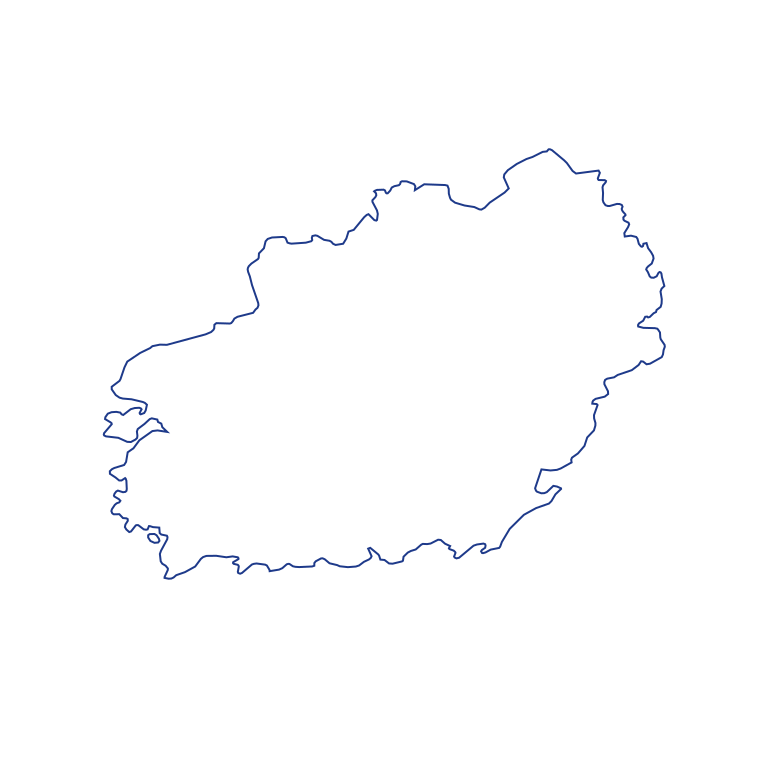 the Region of Ryazan', rotated 164°
{"feature_id": "RUS-2374", "entity_name": "Ryazan'", "entity_type": "Region", "adm_level": 1, "iso_a3": "RUS", "parent_name": "Russia", "parent_adm1": "", "projection": "natural_earth1", "projection_center": [40.693, 54.337], "detail": "fine", "context": "isolated", "style": "outline", "palette": "blue", "viewbox_px": 768, "rotation_deg": 164, "n_neighbors": 0, "source": "natural_earth", "source_scale": "10m", "svg_char_len": 6139}
<svg xmlns="http://www.w3.org/2000/svg" viewBox="0 0 768 768"><g transform="rotate(164 384 384)"><path d="M290.3,564.9L270.4,558.4L268.3,557.2L268.0,553.8L269.2,549.1L269.2,544.8L268.8,542.7L265.7,538.7L257.4,533.4L248.4,529.2L244.2,525.6L242.3,524.8L238.6,525.7L232.4,529.2L215.3,534.8L210.2,537.6L211.9,549.6L210.6,552.3L206.0,555.4L195.8,558.9L185.0,561.0L178.7,561.3L167.5,563.4L163.4,562.7L161.1,564.2L159.8,563.9L158.1,562.5L149.2,549.4L147.3,546.0L144.0,536.8L141.4,533.4L118.9,530.0L118.3,527.5L121.8,522.7L121.8,521.6L121.4,520.9L115.6,519.1L114.6,517.9L115.3,516.8L118.6,514.6L119.7,512.9L120.8,507.2L123.0,500.6L123.0,498.1L121.8,494.8L119.8,493.4L117.9,492.9L110.5,492.9L108.0,492.1L106.1,490.6L105.8,488.7L107.2,486.9L107.3,485.8L106.9,484.0L105.2,480.5L105.3,479.7L108.0,478.2L108.5,476.0L107.8,474.6L104.5,471.7L104.3,469.9L106.2,467.5L111.4,462.8L111.9,459.4L105.7,458.5L101.0,455.8L100.3,453.8L100.4,448.5L99.1,445.5L98.2,444.8L96.9,445.3L96.0,447.3L92.8,447.1L92.7,441.8L90.9,437.0L90.0,433.1L90.3,430.3L93.4,426.0L97.8,424.2L99.6,423.0L100.4,421.8L99.5,418.9L98.9,414.2L97.8,412.6L95.4,411.8L92.2,412.4L89.6,415.1L88.3,415.7L87.3,415.1L86.9,413.7L87.4,409.9L87.5,400.9L90.8,399.2L92.7,396.7L93.6,389.0L95.0,384.8L96.8,381.9L101.6,380.0L102.7,378.2L105.3,377.7L110.0,375.2L111.8,375.2L112.5,376.3L114.4,376.6L117.4,373.4L122.3,371.9L123.6,370.6L123.8,369.2L119.2,366.5L108.2,363.0L106.0,361.8L105.5,360.6L104.5,357.5L105.6,352.5L105.6,350.7L103.5,344.3L103.8,342.4L105.9,339.5L107.7,335.5L109.6,333.3L122.7,330.2L126.2,330.6L128.7,334.1L130.6,335.0L134.0,332.1L142.0,329.0L156.8,328.3L161.0,327.0L167.9,327.6L170.3,327.0L171.7,325.1L172.2,323.0L170.7,315.3L171.3,312.6L175.3,311.0L184.7,311.4L187.5,310.4L188.5,309.3L189.2,307.7L185.1,306.1L184.5,304.9L190.7,296.2L191.5,293.0L191.5,288.2L192.3,285.7L195.0,281.5L203.4,276.6L208.4,269.2L216.7,263.8L223.6,261.4L224.9,259.7L225.3,256.9L237.4,254.1L241.4,253.8L247.8,255.0L256.2,258.5L267.5,242.1L267.3,239.6L266.6,238.3L262.9,235.6L260.0,234.9L257.3,235.2L249.3,239.4L245.9,237.7L242.6,234.9L242.7,234.3L249.6,230.7L255.3,225.3L258.4,223.6L272.0,222.8L285.6,219.7L303.1,210.1L314.2,199.7L317.2,195.6L318.5,194.7L327.1,195.4L332.8,194.1L335.4,194.1L336.3,194.5L336.8,196.4L335.7,197.4L331.9,198.7L330.9,200.7L330.9,202.1L332.4,203.2L338.9,204.1L342.5,203.9L359.7,196.3L362.4,196.4L363.9,197.7L364.2,198.8L361.8,202.0L361.9,202.9L362.9,204.6L366.6,207.3L366.9,208.2L365.1,210.0L369.3,213.6L372.4,218.4L374.9,219.4L383.2,217.8L386.6,218.2L390.8,219.6L392.5,219.3L399.1,216.2L404.2,216.1L407.6,215.4L412.8,212.6L414.5,208.9L415.6,208.5L425.3,208.9L428.6,210.1L432.0,214.7L435.9,216.2L436.0,220.1L436.4,221.6L442.4,230.3L444.6,230.1L443.4,221.9L444.6,220.5L446.7,219.5L452.3,218.6L458.0,216.4L461.4,216.3L469.2,217.9L476.8,221.0L478.9,222.8L485.8,226.7L489.3,231.9L491.0,233.3L492.5,233.7L498.5,232.4L500.3,231.1L501.1,228.5L503.4,228.4L516.0,231.4L519.6,232.7L521.8,233.9L524.5,237.1L525.6,237.5L527.2,237.5L532.5,235.0L536.0,234.5L545.5,235.6L545.3,236.9L546.6,241.8L548.0,243.1L556.0,246.6L558.7,247.0L560.7,246.9L572.6,241.5L574.6,241.3L576.2,242.5L576.3,243.7L573.9,248.5L573.9,249.5L574.4,250.5L578.1,252.6L578.5,253.5L578.1,254.3L572.2,255.8L571.9,256.6L572.3,257.7L577.0,260.0L583.3,260.9L592.6,265.1L602.1,267.7L605.6,267.5L608.2,266.4L615.8,260.6L627.2,258.0L636.4,257.5L639.6,256.0L642.1,255.6L644.7,256.2L648.4,258.1L648.1,259.0L643.1,264.8L642.6,266.3L644.0,269.5L646.7,272.4L647.5,275.1L646.3,282.4L644.3,285.2L635.2,294.5L634.3,296.5L634.5,298.0L639.6,300.7L640.7,302.5L639.6,307.9L645.5,310.1L648.2,311.9L649.1,312.2L651.3,309.4L652.9,309.5L655.0,310.5L659.1,316.0L660.4,316.5L661.6,316.5L667.8,312.0L669.7,311.9L671.8,315.2L672.5,317.9L671.3,320.2L668.0,323.1L667.6,324.8L668.5,325.8L671.9,327.1L674.3,331.8L679.6,333.2L680.4,334.0L680.9,334.8L681.1,337.0L680.0,338.7L676.1,342.0L673.9,343.0L671.1,343.2L669.6,344.4L670.6,346.4L674.2,350.2L674.4,351.1L673.3,352.8L671.0,354.5L669.2,354.9L664.7,351.9L662.3,351.6L661.0,352.3L660.2,354.0L658.3,362.0L658.4,364.2L658.8,364.9L662.9,363.6L665.2,364.3L667.8,368.1L672.2,373.2L671.6,375.7L669.0,377.1L666.4,377.6L656.1,377.8L653.4,380.2L649.2,389.0L642.5,391.3L634.7,397.3L619.6,402.6L614.5,401.8L605.6,397.7L609.0,403.6L609.0,407.3L611.7,409.8L611.7,412.3L616.7,415.0L618.9,414.8L625.3,411.6L633.1,408.6L634.6,406.5L635.3,402.2L636.2,400.2L638.2,399.1L643.3,398.0L646.8,399.2L654.2,405.5L665.7,410.3L667.2,411.7L667.3,412.6L666.6,413.9L656.8,420.4L656.7,421.4L657.4,422.5L661.8,427.2L661.0,428.9L657.7,431.6L653.7,432.0L649.0,431.0L645.4,429.2L644.6,427.2L643.2,426.1L634.4,429.6L630.2,429.6L625.8,428.6L624.4,427.5L624.0,426.5L626.9,423.5L626.8,422.5L626.2,421.9L622.5,422.2L620.4,424.2L617.6,429.4L619.1,431.8L620.8,433.2L630.9,438.9L639.1,442.0L642.0,443.8L644.9,447.3L647.2,453.9L646.5,456.4L637.4,459.9L635.9,461.4L628.9,471.5L624.6,476.3L609.7,481.1L598.9,483.0L596.2,484.2L588.5,483.6L581.9,481.5L541.8,480.9L535.9,481.6L533.1,483.0L531.9,484.2L530.7,487.7L528.4,488.7L515.5,484.6L514.0,484.7L511.9,486.1L509.8,488.1L506.3,489.0L490.2,488.5L487.0,491.0L484.6,492.1L483.0,494.2L482.6,496.5L483.6,515.5L483.3,524.4L483.7,529.2L483.5,531.7L482.8,533.1L481.5,534.5L478.3,536.3L470.6,538.9L469.7,539.8L468.2,544.0L462.0,547.6L458.5,553.8L455.8,555.5L451.3,555.7L440.9,553.3L439.3,552.5L438.3,551.2L437.8,546.5L435.9,545.2L434.2,544.4L420.2,541.4L414.5,541.3L413.3,542.2L413.1,544.4L412.0,546.0L409.0,545.8L407.2,544.8L401.9,539.1L396.9,536.7L395.4,535.2L394.3,532.8L392.2,531.0L384.6,530.1L380.1,534.2L376.1,540.3L370.6,540.5L357.1,549.8L354.0,551.3L352.1,551.5L348.1,544.2L346.4,543.2L345.5,543.6L343.1,549.2L342.9,552.8L344.9,562.3L344.5,563.8L340.8,566.0L339.4,567.5L339.1,569.5L340.4,571.9L339.3,572.3L337.2,572.5L330.8,570.9L329.7,569.8L329.5,567.4L329.0,566.6L327.9,566.3L324.7,568.2L322.4,570.7L319.5,571.3L314.9,571.0L313.4,571.8L312.3,573.6L310.8,573.9L306.3,572.5L300.1,567.9L299.4,565.4L300.9,561.8L290.3,564.9ZM644.8,293.9L648.4,294.6L651.8,297.5L653.0,301.4L652.4,303.6L650.7,304.3L646.0,303.1L644.3,301.3L643.0,297.2L643.1,295.1L644.8,293.9Z" fill="none" stroke="#1e3a8a" stroke-width="2"/></g></svg>